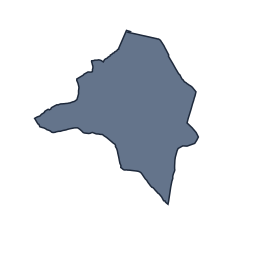 Abu Jubayhah, South Kordufan, Sudan (Mercator projection), rotated 331°
{"feature_id": "16777658B72808091845483", "entity_name": "Abu Jubayhah", "entity_type": "district", "adm_level": 2, "iso_a3": "SDN", "parent_name": "Sudan", "parent_adm1": "South Kordufan", "projection": "mercator", "projection_center": [31.566, 10.99], "detail": "fine", "context": "isolated", "style": "filled", "palette": "slate", "viewbox_px": 256, "rotation_deg": 331, "n_neighbors": 0, "source": "geoboundaries", "source_scale": "gbopen_adm2", "svg_char_len": 3737}
<svg xmlns="http://www.w3.org/2000/svg" viewBox="0 0 256 256"><g transform="rotate(331 128 128)"><path d="M176.6,44.6L176.2,44.2L175.8,43.7L175.7,43.7L174.8,42.8L174.7,42.7L174.5,42.4L174.3,42.2L174.2,42.1L174.0,41.9L166.2,47.9L158.5,53.8L158.1,54.5L156.9,54.3L155.7,55.0L153.2,55.0L152.2,55.5L151.3,55.3L150.5,55.3L149.3,55.8L148.0,55.6L147.3,56.3L146.4,56.3L144.8,56.4L143.7,56.8L142.0,56.7L140.7,56.8L138.4,58.2L137.8,57.1L137.5,56.3L136.3,54.9L135.3,54.1L134.0,53.7L132.8,53.1L131.8,52.5L130.9,52.5L128.8,51.6L128.3,52.3L127.9,54.2L127.5,55.5L127.3,56.8L126.4,58.5L125.2,59.7L124.8,60.5L124.2,61.4L122.7,61.2L120.2,59.6L115.6,59.6L114.3,60.1L113.5,60.1L110.4,60.2L107.0,60.3L106.8,60.7L106.4,61.3L106.2,61.7L106.2,61.8L106.2,62.0L106.1,63.2L106.1,63.3L106.0,63.8L105.9,64.9L105.5,66.1L105.4,66.7L105.3,67.0L105.2,67.2L105.2,67.5L105.0,68.0L104.8,68.5L104.7,68.9L104.5,69.2L104.0,69.8L103.3,70.8L103.0,71.1L102.8,71.4L102.7,71.6L102.5,71.9L102.3,72.4L102.0,72.8L101.6,73.7L101.4,74.0L101.2,74.2L101.1,74.4L100.8,74.7L100.4,75.1L99.9,75.6L99.2,76.4L98.6,76.9L97.1,78.4L96.2,78.5L94.6,78.7L94.1,78.8L93.7,78.7L93.3,78.6L92.7,78.4L92.4,78.4L92.2,78.3L91.9,78.3L90.9,78.1L90.1,78.0L89.7,78.0L89.5,77.9L89.4,77.9L89.1,77.8L88.1,77.4L87.5,77.3L86.5,76.9L86.3,76.8L85.7,76.5L85.2,76.3L84.4,76.0L83.3,75.5L83.1,75.4L82.6,75.2L81.4,74.6L80.8,74.3L79.2,74.0L78.1,73.9L77.1,73.2L74.6,73.1L73.0,73.1L70.9,73.1L69.6,74.0L68.1,74.0L67.2,72.9L66.1,72.9L63.1,73.1L62.6,73.8L61.7,73.9L60.8,74.0L59.2,74.0L58.2,74.3L56.8,74.8L54.0,74.3L51.0,74.3L51.2,80.8L51.8,81.6L51.5,84.2L53.1,85.9L54.4,87.1L55.5,88.6L56.2,90.1L57.7,91.7L58.7,93.1L58.9,93.7L59.2,94.6L60.2,95.6L62.1,96.4L63.5,96.6L65.5,97.2L67.3,98.1L69.8,98.6L72.8,99.6L75.0,100.0L77.4,100.7L79.9,101.5L81.4,102.0L82.7,102.7L83.9,103.3L84.6,104.5L85.2,105.7L86.0,108.0L86.6,110.2L87.4,111.2L88.8,112.2L91.0,113.8L92.4,114.3L93.9,114.4L94.9,114.8L96.1,116.3L97.4,117.8L99.2,118.9L100.6,120.1L102.5,121.3L103.2,123.1L104.7,125.9L105.6,128.2L107.8,134.1L108.7,135.8L108.6,137.4L108.0,138.2L108.1,140.4L107.6,142.9L106.7,145.6L106.7,145.8L106.6,146.0L106.2,147.4L106.1,147.8L105.9,148.4L105.7,149.1L105.1,151.0L104.9,151.5L104.8,151.8L103.8,155.0L103.6,157.4L102.5,159.1L103.0,160.0L103.1,160.3L103.5,161.5L104.1,162.6L105.0,163.3L106.2,163.8L107.2,164.6L109.0,165.7L110.6,166.9L113.0,168.6L114.5,169.7L115.8,170.7L116.7,171.7L117.6,173.1L118.0,175.6L118.2,178.4L118.5,181.3L119.0,182.6L119.1,185.4L119.3,187.0L119.4,187.4L119.5,187.9L119.5,188.4L119.6,188.9L119.6,189.4L120.0,190.7L120.1,191.3L120.9,192.2L121.3,193.5L121.7,195.8L122.2,197.6L122.5,199.3L123.2,200.6L123.7,203.0L124.0,204.9L123.9,208.9L125.0,209.7L124.8,210.6L125.2,212.1L126.0,214.1L127.8,212.0L133.9,204.1L136.8,200.3L140.6,195.8L142.0,194.5L142.8,193.7L143.5,192.3L144.5,191.1L146.2,189.5L147.4,188.6L148.6,187.4L149.1,186.1L150.3,183.9L153.4,178.9L155.3,176.4L159.9,171.7L161.9,170.2L167.2,170.2L170.9,172.5L178.9,173.8L182.1,172.1L185.2,170.0L185.4,165.0L185.0,162.9L184.9,162.3L184.8,162.0L184.8,161.9L184.7,161.7L184.7,161.3L184.6,161.2L184.6,160.9L184.5,160.7L184.3,159.3L182.1,152.2L185.0,149.1L192.2,142.2L196.1,138.2L198.6,135.9L200.6,133.8L201.3,133.2L202.1,132.5L205.0,129.3L204.3,125.4L204.0,123.6L203.2,121.6L202.1,119.8L201.8,119.0L201.4,118.3L201.1,117.8L200.7,116.5L199.7,114.9L199.5,113.0L199.5,112.5L199.0,111.6L199.0,110.0L199.0,108.9L199.1,108.0L199.1,106.4L198.6,105.3L198.5,103.1L198.5,101.9L198.4,99.5L198.4,97.4L198.4,93.7L198.3,90.6L198.2,87.3L198.2,85.4L198.2,84.8L199.0,83.9L199.2,77.0L199.1,77.3L199.3,73.5L199.1,70.3L199.1,70.2L199.1,69.8L199.0,69.3L198.9,67.3L198.6,66.3L197.8,64.9L197.3,64.7L196.5,63.9L179.3,48.6L174.7,44.6L176.6,44.6Z" fill="#64748b" stroke="#1e293b" stroke-width="1.5"/></g></svg>